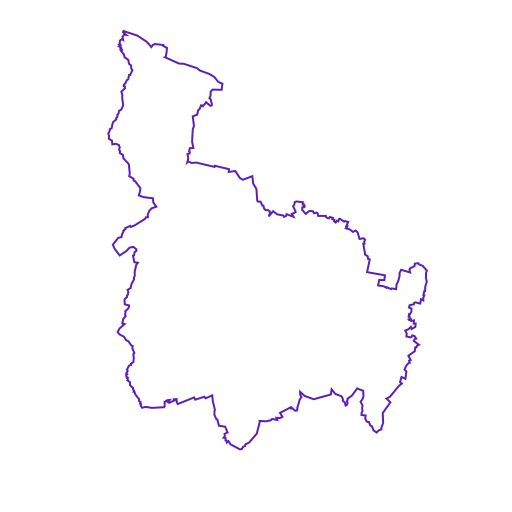 the district of Carrick-On-Suir Lea-5, South Tipperary, Ireland, rotated 192°
{"feature_id": "5873133B72256716491480", "entity_name": "Carrick-On-Suir Lea-5", "entity_type": "district", "adm_level": 2, "iso_a3": "IRL", "parent_name": "Ireland", "parent_adm1": "South Tipperary", "projection": "orthographic", "projection_center": [-7.586, 52.495], "detail": "fine", "context": "isolated", "style": "outline", "palette": "violet", "viewbox_px": 512, "rotation_deg": 192, "n_neighbors": 0, "source": "geoboundaries", "source_scale": "gbopen_adm2", "svg_char_len": 6034}
<svg xmlns="http://www.w3.org/2000/svg" viewBox="0 0 512 512"><g transform="rotate(192 256 256)"><path d="M90.8,281.0L94.8,281.7L95.7,282.7L99.1,281.5L98.8,279.1L102.8,275.8L103.0,274.4L101.8,271.9L111.1,272.7L112.1,269.2L111.4,266.4L111.7,260.9L112.6,257.1L112.0,252.7L116.6,252.5L117.1,251.6L121.5,252.7L121.7,252.0L124.4,252.9L130.5,252.6L130.4,258.3L125.4,259.0L125.9,263.9L144.0,263.3L144.0,276.4L145.8,276.5L146.7,279.0L149.5,280.0L153.6,290.3L152.4,290.6L153.1,292.5L152.7,294.7L154.6,295.7L158.3,294.2L161.4,300.1L163.7,301.6L166.3,299.7L169.5,301.4L173.9,301.8L172.9,304.0L173.9,303.9L172.9,308.4L176.2,308.7L176.9,308.0L181.9,309.9L182.6,309.2L182.7,307.0L184.3,307.3L185.0,305.3L186.9,306.1L186.8,307.6L189.1,308.1L188.7,309.2L191.9,309.6L192.5,308.0L194.0,308.0L196.2,309.0L196.2,309.7L203.5,308.1L204.5,310.5L205.9,311.0L208.1,309.9L209.6,311.6L213.2,311.2L216.1,307.5L220.5,310.8L220.8,313.2L218.8,313.8L218.9,315.2L219.7,315.3L219.8,316.3L221.0,316.1L221.4,318.4L227.9,317.7L229.3,316.8L229.2,314.0L230.1,312.5L226.5,307.7L226.4,307.0L229.7,304.6L227.5,302.2L234.8,303.2L234.9,301.5L236.7,300.1L237.8,301.3L243.9,301.1L248.6,303.4L251.8,297.3L251.3,300.0L251.7,302.4L253.7,303.4L256.2,302.8L258.1,304.3L259.2,306.8L260.3,306.7L262.9,310.1L265.6,309.6L266.4,310.7L269.5,321.6L273.8,326.3L276.2,333.3L284.6,327.9L288.0,328.9L293.9,334.8L300.1,332.6L300.5,335.3L315.1,335.7L315.1,334.5L333.9,335.0L338.2,333.6L341.9,334.4L342.7,333.3L342.5,337.3L344.2,341.5L342.4,342.4L342.3,343.9L343.2,344.6L343.1,347.7L339.7,348.6L342.3,354.6L344.2,366.9L343.7,370.3L346.9,379.4L342.9,382.1L343.0,386.3L341.7,388.1L341.1,391.9L339.1,391.5L339.2,392.4L337.9,393.4L336.8,396.1L332.2,393.5L330.8,393.8L330.6,395.0L333.0,400.0L334.4,400.6L333.8,403.2L334.5,407.3L333.1,409.7L324.2,411.4L324.6,417.5L329.2,418.5L334.2,422.6L339.4,424.3L349.6,425.8L352.8,427.5L366.6,429.0L371.2,428.2L386.4,431.5L385.8,432.0L385.7,434.9L386.3,441.1L390.5,442.2L390.5,443.1L398.9,442.3L400.9,440.9L401.8,438.6L407.4,442.8L417.9,446.9L432.4,448.5L432.6,447.3L428.9,445.3L431.1,445.1L432.1,442.6L430.9,439.7L432.2,440.2L433.8,438.5L433.6,435.5L432.5,434.5L433.7,434.1L432.2,432.7L433.1,432.4L431.1,431.6L430.8,431.0L431.6,430.2L429.9,429.6L430.8,428.6L427.3,425.9L425.8,423.1L421.6,421.2L420.2,417.6L417.9,416.5L417.0,413.3L415.5,412.2L416.7,406.8L417.8,406.6L417.7,402.3L418.9,401.1L419.7,397.7L420.9,395.9L420.6,394.5L419.5,394.5L419.0,392.7L421.9,388.8L420.1,385.5L420.0,383.7L417.2,375.6L418.3,371.1L420.2,369.4L420.1,366.6L421.0,365.1L420.5,363.4L421.5,361.5L421.1,360.5L423.8,357.0L423.8,350.8L425.4,349.7L425.1,348.1L425.9,345.1L424.7,342.9L424.3,340.0L420.9,338.9L419.7,335.3L416.6,336.6L413.2,336.1L411.8,333.7L412.1,331.7L410.9,330.4L410.6,328.4L407.1,327.2L406.1,324.1L399.5,319.4L396.6,310.4L396.6,307.7L391.8,306.1L391.4,304.4L389.9,304.1L383.3,298.4L382.8,295.4L383.2,290.9L378.5,290.2L368.8,291.0L367.5,286.9L363.8,283.5L368.0,280.9L369.8,278.0L370.5,273.9L369.8,271.4L371.7,271.0L372.3,269.2L381.1,260.7L384.4,258.4L385.3,259.3L389.7,256.0L389.3,255.2L391.0,253.1L390.6,252.7L391.5,249.7L391.5,246.6L394.6,245.0L398.4,237.3L395.7,233.6L389.4,228.2L383.9,233.8L381.4,237.9L377.8,239.4L374.3,237.6L374.2,236.0L375.6,234.6L375.4,231.4L376.4,230.8L373.7,224.7L370.2,224.8L371.3,222.6L371.4,215.1L370.5,211.9L370.9,209.3L370.4,207.8L371.9,202.9L372.0,198.6L374.6,196.1L373.4,194.4L373.3,191.6L373.9,190.4L373.6,189.0L375.2,187.1L375.5,185.8L374.3,181.4L369.9,181.3L369.7,180.2L370.0,178.2L372.4,174.7L371.9,173.6L372.0,171.7L371.0,170.2L372.8,166.7L372.7,162.2L370.4,162.1L374.5,156.6L375.5,152.8L373.3,151.0L368.4,149.6L365.5,146.7L362.8,145.9L359.7,142.8L357.9,142.3L357.8,140.1L354.8,135.8L355.6,134.4L354.3,130.8L353.9,126.6L355.9,124.7L355.5,123.5L357.4,122.4L358.6,118.0L357.6,117.0L358.6,113.8L357.4,113.5L358.1,112.2L357.6,110.8L356.2,110.5L356.6,109.5L355.7,108.9L356.0,107.7L353.1,106.4L352.3,103.3L348.7,101.3L348.6,99.9L347.4,99.0L347.5,97.9L346.8,98.2L345.2,95.4L340.5,91.6L340.3,89.8L338.5,89.1L338.7,87.4L337.6,87.1L337.6,85.6L336.0,83.9L332.3,85.5L326.2,85.8L314.4,89.0L314.1,90.2L315.1,94.4L312.4,96.7L310.6,97.2L312.0,94.9L310.5,94.3L305.7,97.8L306.5,98.8L303.9,99.5L303.1,96.6L301.8,94.9L287.1,104.8L285.6,102.8L277.3,107.6L275.7,106.3L269.8,110.6L268.1,105.1L264.2,97.0L264.4,95.5L263.6,91.9L260.8,88.1L259.8,88.0L257.0,82.3L250.7,82.6L247.1,77.5L249.8,75.4L249.0,73.4L249.9,71.5L247.9,71.6L247.5,69.3L246.6,69.4L245.7,67.5L244.4,69.2L241.9,66.5L231.5,63.5L229.6,64.4L229.1,66.6L227.2,67.9L227.2,69.6L223.9,72.1L218.3,82.4L217.8,94.6L218.2,95.4L211.7,96.4L207.3,98.4L206.4,100.0L201.1,100.0L202.4,102.0L198.7,102.5L196.7,104.2L199.9,107.5L191.2,114.7L190.3,114.2L190.1,115.4L185.6,112.8L183.7,113.5L184.0,116.2L183.4,124.6L182.2,127.5L184.0,129.6L184.6,132.3L179.3,129.2L169.8,127.9L154.0,136.1L154.3,141.3L149.8,137.6L143.0,136.5L141.2,134.0L141.0,132.5L138.7,131.2L137.2,128.3L136.4,128.7L135.8,131.3L136.9,132.6L136.4,134.5L136.8,135.5L133.2,139.3L129.5,147.5L123.1,146.4L121.7,141.1L122.1,138.1L123.4,135.1L120.7,132.0L120.6,129.4L119.6,126.6L120.1,124.6L119.7,122.4L115.6,122.8L115.4,119.7L113.2,117.0L111.0,117.1L108.9,113.9L107.1,113.5L104.9,109.9L101.3,108.4L99.9,110.8L97.4,112.4L97.6,114.9L96.9,119.2L99.4,128.7L94.1,140.8L98.7,143.6L95.7,146.2L89.2,158.7L86.8,161.6L88.9,162.6L88.5,167.9L84.3,166.9L84.9,174.3L87.1,175.8L86.3,179.8L84.4,183.2L83.4,183.6L84.5,185.5L83.1,186.4L86.2,190.1L80.9,195.9L81.2,199.8L80.1,200.0L79.8,201.8L78.2,203.1L84.0,205.7L83.5,207.7L82.1,208.5L84.1,210.6L86.6,210.9L87.1,209.0L88.1,208.5L92.1,208.6L92.5,211.5L94.5,214.1L91.6,216.1L89.8,218.9L88.6,217.0L85.4,219.7L85.8,223.1L87.7,222.7L88.1,225.9L90.7,224.8L91.3,226.3L92.9,225.2L93.5,225.7L92.3,226.7L93.2,228.7L94.0,228.4L94.3,230.8L93.5,230.8L92.4,233.9L93.1,237.0L95.7,237.4L95.4,239.9L91.5,241.6L91.5,243.1L90.4,243.8L85.5,243.6L85.6,248.1L83.1,247.3L83.7,250.1L83.2,252.5L84.1,252.5L84.1,256.6L83.3,256.8L84.1,261.3L83.6,266.5L85.3,270.0L86.2,275.4L85.8,277.2L90.8,281.0Z" fill="none" stroke="#5b21b6" stroke-width="2"/></g></svg>